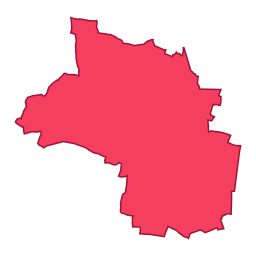 Chapab, Yucatán, Mexico (Robinson projection)
{"feature_id": "50627088B60332279598838", "entity_name": "Chapab", "entity_type": "district", "adm_level": 2, "iso_a3": "MEX", "parent_name": "Mexico", "parent_adm1": "Yucatán", "projection": "robinson", "projection_center": [-89.499, 20.5], "detail": "fine", "context": "isolated", "style": "filled", "palette": "rose", "viewbox_px": 256, "rotation_deg": 0, "n_neighbors": 0, "source": "geoboundaries", "source_scale": "gbopen_adm2", "svg_char_len": 3931}
<svg xmlns="http://www.w3.org/2000/svg" viewBox="0 0 256 256"><path d="M234.5,191.2L235.5,182.5L238.3,160.8L238.4,160.7L239.3,152.8L240.6,145.7L235.7,145.5L233.1,144.9L228.7,142.7L227.8,142.5L230.7,135.3L228.8,134.6L228.3,134.5L223.4,132.9L222.1,132.6L218.5,131.8L214.6,131.5L211.8,131.0L210.9,131.0L208.7,132.0L208.4,128.4L208.4,125.9L207.8,120.0L211.5,120.9L214.4,116.7L213.5,116.4L210.4,114.6L210.8,112.1L213.0,104.5L213.6,104.9L215.1,104.8L215.7,104.2L216.8,104.7L218.4,105.3L220.1,105.3L220.9,101.8L220.9,100.1L220.9,98.8L221.0,96.6L219.4,96.0L218.6,95.5L220.9,89.5L199.8,89.1L199.2,86.5L197.4,83.2L197.8,79.8L198.2,76.2L197.2,76.2L196.0,75.8L195.0,73.8L194.0,73.7L192.2,71.7L190.9,71.0L184.0,47.8L183.2,47.7L183.3,50.8L182.8,53.3L182.2,55.8L181.2,55.3L180.7,55.1L180.4,54.5L179.9,53.9L178.9,53.5L178.1,53.4L177.6,53.5L177.1,53.2L176.3,52.1L175.5,53.8L172.7,55.0L172.4,56.7L164.8,53.7L165.0,51.7L165.3,51.5L165.8,49.8L165.8,49.7L164.3,49.9L154.7,45.8L152.7,40.7L153.1,39.7L151.1,39.7L149.2,40.8L148.2,40.9L146.5,41.8L144.0,44.2L134.6,45.5L132.2,44.9L127.9,43.7L127.1,43.6L123.4,43.4L122.9,43.1L122.3,41.3L121.8,40.7L121.6,40.4L120.4,39.6L117.8,38.7L116.3,37.7L115.5,36.8L114.9,36.7L114.0,36.1L113.1,35.9L112.6,35.5L110.6,34.5L109.7,34.4L109.0,34.8L107.0,34.2L106.4,34.0L101.3,33.3L98.3,32.9L98.1,30.9L96.5,27.1L97.1,21.7L96.6,20.6L94.1,21.0L88.7,20.6L88.1,20.9L87.0,20.2L79.5,18.9L78.5,19.4L75.6,18.8L74.6,18.8L70.9,17.6L71.4,21.7L71.7,26.2L71.7,29.5L70.6,32.9L72.6,33.3L75.6,34.5L75.5,35.9L76.3,40.2L75.7,44.0L75.6,46.7L75.8,48.5L75.6,50.4L75.7,51.7L76.0,53.8L76.1,56.2L76.1,57.5L76.4,60.1L76.7,61.7L77.7,66.6L78.9,68.5L78.7,70.4L78.8,71.8L78.8,75.8L74.9,74.6L71.7,74.6L70.4,74.6L68.3,74.6L66.3,73.8L65.0,73.3L64.2,73.4L63.8,73.7L63.3,74.5L62.8,75.1L62.3,75.6L61.7,76.5L61.1,77.0L60.4,77.4L59.8,77.8L58.2,80.1L56.9,80.1L51.2,84.5L50.8,85.4L50.1,86.0L49.0,87.0L48.2,89.1L47.8,90.4L46.9,93.2L46.6,93.7L45.4,94.8L44.9,95.8L43.3,96.0L41.2,94.3L40.3,94.7L32.3,95.8L29.9,96.9L27.7,97.3L27.3,98.6L26.9,98.9L26.5,99.1L25.4,101.9L25.5,102.9L25.8,103.5L26.1,105.4L26.6,106.6L26.0,107.2L23.5,111.3L23.4,112.2L23.1,113.4L22.5,114.5L21.4,116.6L21.4,118.9L20.6,118.4L19.8,118.2L19.5,118.2L17.0,119.1L16.9,119.5L15.4,121.7L16.3,123.2L18.1,124.4L22.3,127.1L23.0,126.8L23.7,127.7L23.4,128.7L24.3,133.9L24.8,133.7L27.4,133.0L29.1,132.6L31.6,131.7L35.1,132.0L38.2,131.9L40.0,131.4L41.0,131.6L41.0,133.8L41.0,134.7L40.3,135.8L38.5,141.0L37.8,143.5L39.6,145.4L42.1,146.4L43.1,147.7L43.9,147.8L46.8,145.8L57.1,143.2L62.9,141.7L63.0,141.5L73.7,143.4L85.7,147.6L87.5,148.8L89.8,150.8L90.4,150.8L91.3,150.9L92.7,152.4L100.2,154.3L100.7,155.2L102.2,155.7L105.9,157.0L105.4,158.2L104.8,160.4L105.0,161.8L104.9,162.7L105.1,163.0L106.3,163.0L108.4,162.7L112.4,164.2L113.9,164.9L116.9,164.5L118.6,162.7L118.9,162.4L119.4,163.0L121.5,163.6L120.6,170.8L118.6,176.2L121.3,177.0L124.7,176.6L125.5,176.6L127.3,175.9L127.2,176.6L126.7,184.2L126.5,185.1L126.5,186.0L125.1,193.0L122.9,194.1L122.1,196.3L121.0,201.1L120.6,203.4L120.6,204.3L120.9,206.3L120.4,211.3L121.4,213.0L124.8,213.9L127.3,215.1L129.1,215.1L130.9,215.8L131.4,215.6L133.2,216.0L132.4,217.6L132.5,220.7L132.3,223.3L132.5,224.1L132.5,224.7L132.7,225.0L132.7,226.0L132.8,226.6L133.0,227.1L133.5,226.9L133.9,226.8L137.6,227.0L138.9,226.9L139.6,226.9L140.2,227.8L140.3,228.9L140.3,230.5L140.1,232.0L139.8,233.8L141.5,233.9L150.8,234.5L164.3,236.6L165.4,232.9L166.6,230.0L168.0,226.4L176.7,230.6L179.4,233.3L180.2,233.8L180.7,234.1L181.7,234.7L183.2,236.2L187.8,237.9L188.5,238.4L190.3,233.5L199.9,230.1L201.0,230.1L205.1,232.6L210.1,230.7L217.0,227.7L217.8,229.8L223.8,228.7L221.3,221.7L221.2,221.5L220.8,220.5L220.4,219.6L220.4,219.2L220.6,218.9L221.1,218.9L221.6,218.9L221.8,218.7L221.8,217.6L222.1,216.0L222.9,216.1L224.0,215.1L224.5,214.7L224.8,215.0L225.4,215.0L226.0,214.3L228.0,213.6L231.1,214.3L231.6,198.4L231.5,191.4L234.5,191.2Z" fill="#f43f5e" stroke="#9f1239" stroke-width="1.5"/></svg>